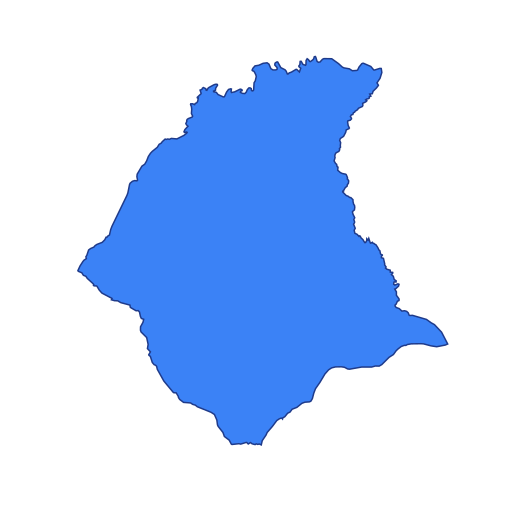 the district of Vemasse, Baucau, East Timor, rotated 163°
{"feature_id": "22284137B19870753775512", "entity_name": "Vemasse", "entity_type": "district", "adm_level": 2, "iso_a3": "TLS", "parent_name": "East Timor", "parent_adm1": "Baucau", "projection": "albers", "projection_center": [126.238, -8.584], "detail": "fine", "context": "isolated", "style": "filled", "palette": "blue", "viewbox_px": 512, "rotation_deg": 163, "n_neighbors": 0, "source": "geoboundaries", "source_scale": "gbopen_adm2", "svg_char_len": 6118}
<svg xmlns="http://www.w3.org/2000/svg" viewBox="0 0 512 512"><g transform="rotate(163 256 256)"><path d="M306.2,73.8L304.0,77.6L298.8,81.8L296.9,84.0L290.2,88.2L284.2,92.6L281.1,93.5L279.3,93.6L278.8,93.4L278.3,92.4L277.8,93.3L275.4,93.9L271.7,96.4L269.1,96.8L266.3,98.9L261.1,99.3L255.2,101.7L252.0,101.9L247.6,100.9L246.0,101.1L243.8,103.1L240.8,108.0L237.9,111.7L231.9,116.4L224.6,123.0L219.9,125.9L216.4,126.9L212.4,126.7L206.8,125.1L203.9,123.7L201.4,121.2L199.6,120.4L187.3,118.9L177.8,116.0L174.0,115.9L170.4,114.7L167.4,115.4L158.4,120.2L153.4,121.6L149.7,124.4L147.3,125.6L143.6,127.0L140.3,127.2L138.8,126.7L137.1,127.1L133.2,126.6L123.9,123.9L121.5,123.0L114.9,118.9L109.7,116.4L101.0,115.5L98.4,115.8L100.8,128.9L105.4,138.2L108.1,141.0L111.5,145.5L123.7,153.5L126.2,154.1L126.9,154.7L127.0,157.1L128.1,159.0L129.9,160.2L132.6,160.7L134.4,163.8L137.0,165.8L137.6,167.4L137.4,168.4L136.2,168.9L134.0,171.4L132.5,171.5L132.0,172.0L131.8,173.3L133.2,177.4L132.2,180.7L133.0,183.8L131.8,183.9L128.5,185.5L127.5,187.1L128.4,187.9L131.7,187.6L132.6,188.7L131.8,190.6L131.3,190.8L129.7,190.2L129.2,191.2L130.7,193.2L130.6,196.5L131.9,198.6L130.1,199.8L130.1,200.4L132.3,201.3L131.8,203.2L134.7,205.1L135.7,206.6L134.8,207.5L135.6,209.9L135.2,210.8L134.8,216.5L136.6,217.7L136.0,219.3L135.0,219.7L134.9,220.1L136.0,221.0L136.3,221.8L136.0,224.8L136.7,225.9L137.0,228.3L138.0,231.7L139.3,232.9L139.4,233.4L140.4,234.0L140.7,235.1L142.5,234.7L142.9,235.2L143.0,239.9L144.2,238.4L145.0,240.1L145.7,238.3L147.2,236.9L147.9,236.9L148.5,238.3L148.9,240.3L150.3,242.8L150.5,244.5L151.3,245.1L151.8,244.7L153.0,247.2L154.8,248.8L154.6,251.9L153.0,253.5L153.4,257.9L152.0,259.1L151.7,259.9L151.8,262.3L150.4,263.7L151.0,267.5L150.9,269.9L150.7,270.3L148.4,271.3L147.3,273.7L147.0,275.7L147.5,276.8L147.3,279.7L146.8,281.5L148.2,284.1L149.3,284.6L150.4,286.2L152.1,287.5L154.4,292.0L154.0,292.7L153.2,292.5L152.8,293.3L150.6,295.3L148.5,296.1L147.8,297.5L146.4,298.5L145.4,300.7L145.8,302.5L146.2,302.9L145.6,304.3L145.9,307.3L146.3,308.0L149.4,309.7L150.9,311.1L152.8,314.1L151.6,317.0L152.3,317.8L152.1,320.1L152.9,321.4L153.5,324.1L151.6,327.0L151.5,328.4L150.6,330.1L149.2,331.3L146.2,331.8L144.9,333.1L144.9,334.2L143.4,335.3L143.0,337.2L141.9,339.7L142.2,342.1L141.0,343.7L137.3,344.8L134.2,347.9L132.8,350.2L129.9,350.6L129.3,351.1L129.7,353.9L129.2,357.5L128.6,358.4L126.1,358.3L124.6,359.2L124.4,359.9L125.0,361.7L123.5,363.1L122.0,363.0L121.0,364.5L119.6,364.7L119.0,365.4L116.1,366.2L114.9,367.3L110.5,367.9L109.7,368.9L109.4,370.8L106.0,371.3L104.6,372.0L105.5,373.3L104.5,373.7L102.1,373.6L101.4,374.0L101.0,375.3L99.4,375.3L99.9,377.6L97.3,377.2L95.9,379.3L91.8,381.4L89.4,383.1L89.0,383.5L89.7,386.2L85.4,389.7L82.0,394.7L81.4,398.7L82.6,399.2L88.3,399.2L89.0,399.5L90.8,403.7L96.9,408.9L97.6,409.1L98.6,409.0L102.2,406.6L104.4,404.2L105.4,404.0L109.7,405.0L112.0,407.7L116.9,410.2L118.2,411.4L120.8,415.8L125.9,422.5L133.3,424.9L134.9,424.7L138.1,422.8L139.7,423.0L140.7,424.3L140.7,428.8L141.0,429.5L142.0,429.5L143.3,427.6L144.5,426.9L147.2,426.0L147.8,426.4L148.4,428.4L149.4,429.7L150.9,428.4L152.3,424.4L152.9,423.9L155.1,425.5L155.8,428.6L156.0,429.1L156.9,429.2L158.1,426.2L159.4,425.3L159.6,424.5L158.3,422.5L160.7,419.3L162.5,422.5L163.1,422.8L168.4,421.5L170.7,421.4L172.1,420.7L172.8,420.9L173.1,423.9L173.8,425.6L177.2,428.9L178.5,435.1L179.1,435.5L181.0,435.1L181.7,434.4L182.2,433.1L180.8,430.1L181.0,428.9L181.4,428.3L182.8,428.2L185.4,429.0L187.0,430.8L187.5,435.7L188.9,437.5L192.9,438.2L197.5,437.6L201.4,438.1L204.1,436.4L205.4,434.9L205.2,434.2L204.1,433.4L203.7,432.3L203.2,429.3L203.3,427.5L205.5,423.7L207.2,422.2L209.7,415.5L210.6,414.9L211.4,415.0L211.9,415.8L211.6,417.5L212.6,418.6L213.8,418.8L215.7,417.6L217.5,415.5L219.2,414.6L221.4,415.5L223.1,417.0L222.5,418.1L221.1,418.1L220.7,418.7L221.6,419.9L222.4,420.2L228.5,419.2L231.6,419.5L231.8,420.4L230.7,422.9L231.4,423.3L233.6,423.3L236.2,421.4L239.3,417.9L239.9,417.5L240.8,417.7L245.1,421.5L246.1,424.1L248.5,425.5L248.4,426.1L246.3,426.4L245.5,428.3L242.9,430.5L242.8,431.3L243.2,431.7L244.8,432.1L246.4,432.0L251.4,431.0L252.6,430.6L254.6,428.8L255.2,429.2L255.1,430.7L257.1,432.5L258.2,432.1L259.1,431.1L261.0,431.0L260.9,427.7L261.2,427.2L265.8,424.9L265.8,424.2L265.0,423.9L266.6,420.9L267.8,419.9L269.6,419.6L270.4,418.7L272.1,420.1L273.9,420.6L274.3,420.0L274.1,417.6L274.6,415.0L276.1,411.2L275.7,408.3L276.5,407.5L280.6,407.2L282.0,406.7L282.7,405.7L282.8,405.0L284.4,403.1L284.1,401.7L283.1,400.0L287.0,397.7L288.6,395.8L288.1,394.9L286.4,395.0L285.7,394.4L286.4,393.7L289.7,392.4L297.4,391.1L302.6,393.2L304.8,392.9L306.1,393.7L307.7,393.7L308.7,394.4L312.3,392.7L313.5,391.7L316.0,391.1L318.6,388.8L324.6,386.4L326.9,385.1L329.8,382.7L332.8,378.9L335.6,376.3L338.8,375.3L345.7,369.0L346.7,366.7L347.1,363.2L347.9,362.7L350.0,363.6L352.3,363.6L355.1,362.4L356.0,361.4L360.1,353.8L361.7,351.7L385.0,326.6L387.2,323.8L390.0,318.9L391.9,318.4L393.2,317.5L393.9,317.8L395.9,315.7L399.1,314.0L404.7,313.6L406.8,313.0L408.5,311.9L412.1,311.5L414.3,310.7L417.6,306.1L418.9,305.0L419.0,303.1L421.7,302.3L423.2,301.3L427.2,297.9L430.6,294.1L430.4,293.3L427.5,290.9L426.7,288.0L424.6,286.3L423.9,283.9L419.9,277.2L419.5,276.1L420.0,275.6L419.6,274.8L417.3,274.0L416.9,273.5L415.9,269.3L414.2,265.6L406.1,257.5L407.1,256.4L404.3,254.6L401.4,253.6L398.9,250.9L390.9,245.9L391.2,243.7L390.7,243.0L386.7,238.7L384.6,238.2L383.8,236.5L384.2,232.0L383.9,229.8L381.9,228.3L383.5,225.6L387.1,222.1L388.2,218.8L388.1,216.9L384.4,210.0L385.0,203.0L386.9,199.2L385.0,195.2L387.4,193.0L387.4,192.3L386.4,190.9L386.3,184.5L385.2,181.9L383.9,180.8L383.3,179.6L383.5,176.5L380.7,163.4L375.1,150.0L374.6,149.3L372.4,148.5L371.4,144.8L371.5,143.2L370.9,141.1L368.1,137.2L361.5,134.6L360.0,132.7L357.6,131.1L356.2,129.0L344.7,119.7L342.1,116.6L341.4,110.6L342.2,105.8L342.0,104.1L339.2,96.9L339.0,92.6L335.5,87.8L334.6,83.3L334.1,82.8L327.2,81.5L325.6,80.6L319.9,80.6L319.4,80.4L318.4,78.5L315.8,79.2L314.7,77.6L312.5,76.2L311.9,75.9L310.7,76.3L309.4,75.3L307.9,75.3L306.2,73.8Z" fill="#3b82f6" stroke="#1e3a8a" stroke-width="1.5"/></g></svg>